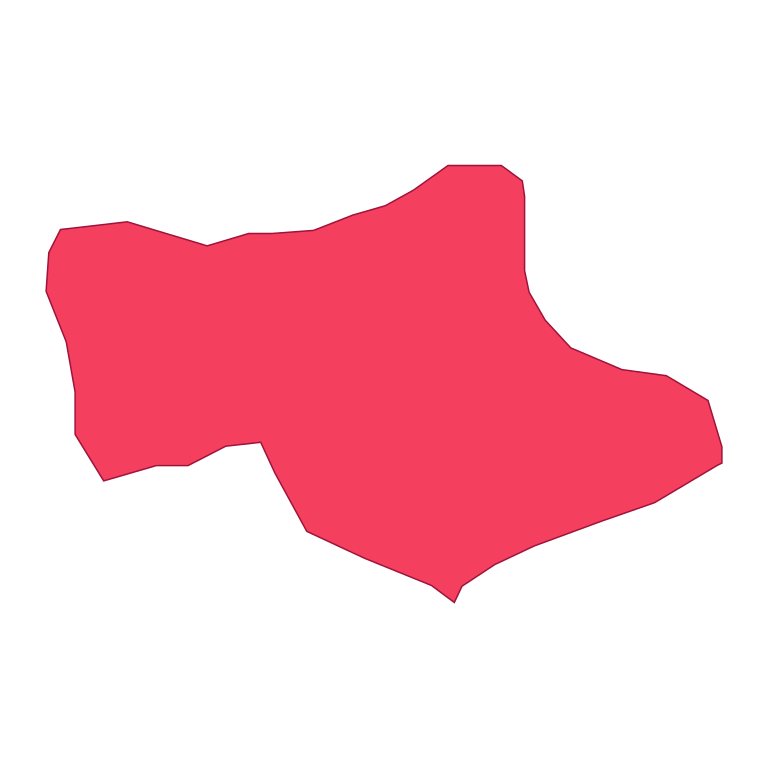 the border of Plasnica
{"feature_id": "MKD-2902", "entity_name": "Plasnica", "entity_type": "Statistical Region", "adm_level": 1, "iso_a3": "MKD", "parent_name": "North Macedonia", "parent_adm1": "", "projection": "albers", "projection_center": [21.117, 41.443], "detail": "fine", "context": "isolated", "style": "filled", "palette": "rose", "viewbox_px": 768, "rotation_deg": 0, "n_neighbors": 0, "source": "natural_earth", "source_scale": "10m", "svg_char_len": 690}
<svg xmlns="http://www.w3.org/2000/svg" viewBox="0 0 768 768"><path d="M501.3,165.5L522.3,180.9L524.6,196.4L524.6,233.5L524.6,270.7L529.1,292.2L545.2,320.2L570.8,347.9L621.9,369.6L666.3,375.7L708.0,400.5L721.9,446.8L721.9,463.1L717.0,465.5L654.7,502.6L601.4,521.2L534.1,546.0L494.7,564.6L462.0,586.2L454.3,602.5L431.5,585.5L364.6,558.3L306.8,531.4L275.0,473.2L260.7,442.3L225.7,446.2L188.0,465.6L184.0,465.6L156.2,465.6L103.7,480.9L75.1,434.4L75.1,392.0L66.2,341.7L46.1,291.3L48.8,252.6L60.5,229.5L127.2,221.8L205.6,245.4L207.0,245.9L248.6,233.5L271.9,233.5L313.6,230.4L353.0,215.0L385.3,205.7L413.5,190.1L448.0,165.5L501.3,165.5Z" fill="#f43f5e" stroke="#9f1239" stroke-width="1.5"/></svg>